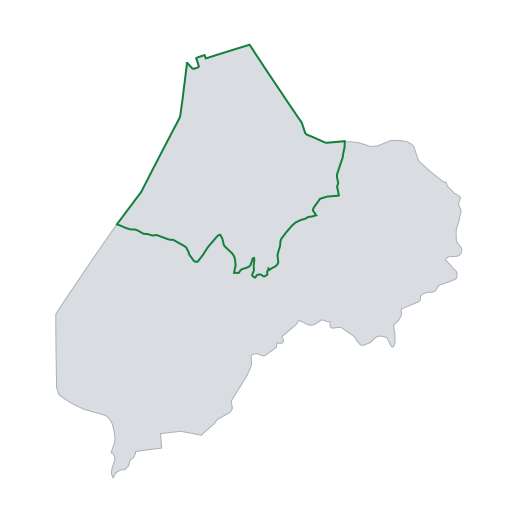 Al-Anbar highlighted on a map of Iraq, rotated 86°
{"feature_id": "IRQ-3471", "entity_name": "Al-Anbar", "entity_type": "Province", "adm_level": 1, "iso_a3": "IRQ", "parent_name": "Iraq", "parent_adm1": "", "projection": "albers", "projection_center": [42.195, 32.855], "detail": "fine", "context": "in_parent", "style": "outline", "palette": "green", "viewbox_px": 512, "rotation_deg": 86, "n_neighbors": 0, "source": "natural_earth", "source_scale": "10m", "svg_char_len": 5606}
<svg xmlns="http://www.w3.org/2000/svg" viewBox="0 0 512 512"><g transform="rotate(86 256 256)"><path d="M195.7,61.3L199.6,60.2L206.8,54.1L211.1,48.4L212.4,47.9L216.2,49.8L219.0,50.3L225.2,48.1L229.0,49.2L232.1,50.6L233.9,50.6L242.4,54.1L244.5,54.5L248.8,54.9L255.3,55.0L259.5,52.6L262.4,50.3L264.4,50.3L266.5,50.8L268.2,51.7L269.6,53.4L270.3,55.7L270.2,63.4L270.9,65.4L272.1,66.8L273.5,67.0L275.3,65.3L278.3,62.9L282.0,60.2L284.8,57.7L286.4,56.8L289.0,56.8L291.5,57.2L292.9,58.3L292.9,58.7L294.3,62.2L298.0,75.5L299.9,77.1L302.2,78.5L303.7,80.4L304.4,82.4L304.3,85.5L304.5,89.1L305.4,91.8L306.7,93.9L307.9,94.9L309.7,94.9L311.8,95.4L313.2,97.4L318.2,112.5L318.7,114.5L320.6,115.1L323.7,114.7L326.9,116.1L330.4,118.5L333.8,123.0L336.0,123.7L342.7,122.8L352.0,123.2L356.4,125.4L356.1,126.9L352.8,128.7L346.9,130.8L345.3,134.2L344.5,138.4L344.8,140.8L346.3,143.4L350.7,148.5L351.0,150.3L351.8,152.9L352.7,154.7L351.9,158.2L348.2,160.8L343.3,163.5L333.6,175.5L333.0,178.0L333.3,184.9L332.3,186.9L329.1,187.0L326.6,186.7L326.6,189.1L325.1,192.4L324.3,195.2L328.2,201.7L329.0,205.1L328.5,208.3L325.2,213.9L323.3,217.7L323.8,218.5L326.5,219.9L335.3,231.7L338.2,235.8L341.7,234.6L343.0,234.6L344.1,235.3L344.8,236.7L344.9,238.5L344.0,241.2L348.6,242.2L350.4,244.9L356.0,254.1L355.9,256.9L353.5,261.4L353.6,264.3L354.3,267.0L355.1,267.9L363.0,267.9L366.4,268.9L374.8,273.4L384.4,280.3L392.3,286.0L399.0,290.9L406.0,290.2L407.9,291.0L409.8,292.5L412.0,296.7L416.4,306.0L420.0,309.0L425.7,316.4L431.0,323.3L428.2,333.2L425.6,343.5L426.2,356.6L426.6,363.6L433.4,363.6L441.0,363.5L441.5,371.9L442.0,380.3L442.6,389.9L444.9,390.2L448.5,392.1L450.2,395.1L452.2,396.7L454.5,396.8L456.9,398.2L459.3,400.9L460.3,403.0L459.7,404.4L460.4,406.9L462.2,410.5L464.2,412.1L467.3,414.0L463.3,415.4L458.9,414.8L449.3,411.0L446.3,411.1L442.5,412.9L442.4,414.4L432.3,410.2L428.7,409.4L427.4,409.4L421.8,409.7L413.8,410.9L409.2,413.1L406.0,415.3L404.6,417.4L404.1,418.5L401.8,424.5L399.2,432.2L396.4,439.2L390.8,449.0L387.7,453.6L380.9,462.1L373.2,464.1L355.2,463.1L335.2,462.0L315.3,460.8L300.5,459.8L299.4,459.4L284.5,448.0L272.9,438.9L258.3,427.5L243.6,415.9L228.7,404.0L217.9,395.3L204.9,384.1L193.1,373.9L183.9,365.8L172.0,358.7L162.7,353.2L149.3,345.0L138.6,338.5L129.5,332.9L115.4,324.2L110.8,321.8L96.2,318.7L82.4,316.0L68.1,313.1L58.6,311.2L65.1,305.3L63.3,299.9L58.7,300.7L54.4,301.9L52.1,293.4L55.4,292.4L52.7,281.4L50.0,269.9L47.4,258.9L44.7,247.6L56.9,240.9L65.9,235.7L78.6,228.6L90.7,221.6L102.3,215.0L114.9,207.6L126.2,201.0L136.5,198.4L138.7,196.3L143.5,187.1L147.5,179.2L147.7,177.3L147.9,166.1L148.7,153.0L150.1,145.9L152.4,139.7L154.5,135.2L154.8,131.0L154.5,126.7L152.4,120.1L150.2,113.3L150.5,106.8L151.0,103.3L152.4,97.7L154.8,93.6L157.4,91.1L166.9,88.6L172.5,87.0L180.1,79.8L184.6,75.5L190.8,68.7L195.3,63.7L195.7,61.9L195.7,61.3Z" fill="#d9dde1" stroke="#a8b0b8" stroke-width="1"/><path d="M96.2,318.7L92.8,318.0L84.4,316.4L76.0,314.7L67.5,313.1L59.1,311.4L58.9,311.4L58.7,311.5L58.6,311.1L63.9,306.9L65.0,305.3L64.2,301.9L63.6,300.3L62.8,299.8L54.6,301.8L54.2,301.5L53.9,300.7L52.0,293.4L52.0,293.2L55.4,292.3L52.8,281.6L51.0,274.1L49.3,266.9L48.0,261.5L46.5,254.9L44.8,247.7L49.5,245.0L54.3,242.4L59.0,239.7L63.7,237.0L68.5,234.4L73.2,231.7L77.9,229.0L82.6,226.3L87.3,223.6L92.0,220.9L96.7,218.2L101.4,215.5L104.4,213.8L106.1,212.8L110.8,210.1L115.4,207.4L120.1,204.7L126.3,201.0L136.6,198.4L137.8,197.6L138.8,196.3L140.3,193.0L147.6,179.2L147.9,178.0L148.0,176.6L147.8,167.8L147.6,159.5L148.5,159.5L153.8,160.1L160.8,162.1L163.6,162.6L174.9,167.3L180.3,169.5L183.0,169.7L188.9,168.9L189.6,169.1L191.1,169.8L192.3,170.3L201.3,169.1L201.6,169.8L201.7,180.8L203.4,188.1L211.5,194.8L213.3,195.8L214.7,196.0L219.6,193.1L220.5,197.4L220.7,200.5L221.0,202.0L222.1,203.6L222.7,206.3L223.2,208.9L225.4,214.3L228.3,218.1L235.1,224.8L240.9,229.8L243.2,230.6L247.7,231.3L252.9,233.3L256.7,234.5L263.8,234.2L265.0,234.6L266.5,235.9L267.2,236.6L268.0,238.1L269.4,241.3L270.3,242.9L270.8,243.4L269.4,244.5L270.9,245.0L272.4,245.9L275.5,246.1L276.8,248.8L277.0,249.0L277.0,249.3L276.6,250.3L275.3,251.7L274.8,252.7L274.7,253.7L274.7,254.8L274.9,255.8L275.4,256.7L275.9,257.1L277.0,257.8L277.5,258.4L276.3,260.2L275.6,260.9L274.7,261.2L273.7,260.9L271.0,259.4L269.9,259.1L268.9,259.0L264.9,259.0L261.1,258.1L259.2,257.9L257.8,258.1L258.0,259.1L258.6,259.8L260.7,260.3L264.8,262.3L266.1,263.6L267.2,266.6L268.0,270.4L268.6,271.7L269.8,273.0L271.6,274.3L271.3,279.1L263.9,277.0L259.1,277.1L255.5,277.6L252.1,279.3L244.3,286.4L243.1,287.2L242.7,287.3L241.8,287.5L236.6,288.3L234.6,289.1L232.3,290.3L232.6,291.8L233.7,293.4L243.8,303.4L251.0,308.7L253.0,310.4L257.6,314.6L257.6,315.6L257.4,317.1L256.6,318.1L255.9,318.8L252.0,321.1L250.9,322.0L250.3,322.3L249.6,322.6L246.9,323.1L246.4,323.3L245.1,324.1L244.8,324.2L243.9,324.3L243.2,324.7L242.4,325.3L241.2,326.6L234.6,336.7L234.0,337.8L234.0,339.4L233.7,340.8L233.1,342.7L228.6,352.6L228.2,353.8L228.1,354.7L228.1,355.3L228.2,355.8L228.4,356.1L228.4,356.9L228.3,358.0L226.6,362.5L226.5,363.1L226.2,365.6L225.9,366.6L225.6,367.3L223.2,370.8L221.7,373.4L221.4,374.1L221.2,374.6L220.7,379.1L220.2,380.9L218.9,384.0L216.1,389.3L215.0,392.0L214.7,392.5L213.8,391.8L209.7,388.2L205.6,384.7L201.4,381.1L197.8,377.9L194.1,374.7L190.4,371.6L186.8,368.4L183.9,365.9L180.0,363.6L176.2,361.3L172.5,359.0L168.7,356.8L164.9,354.5L161.1,352.2L157.4,349.9L153.6,347.6L149.8,345.3L146.1,343.0L142.3,340.7L138.6,338.4L134.8,336.1L131.1,333.8L127.3,331.5L123.6,329.2L119.9,326.9L115.5,324.2L113.1,322.7L110.8,321.8L96.3,318.7L96.2,318.7Z" fill="none" stroke="#15803d" stroke-width="2"/></g></svg>